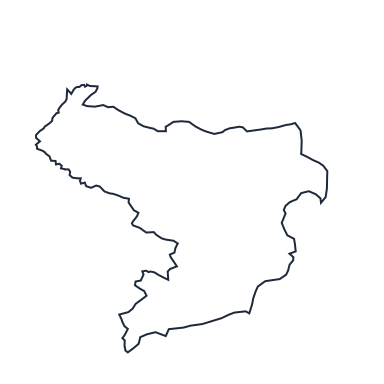 the district of Kritou Tera, Paphos, Cyprus, rotated 253°
{"feature_id": "46923920B75196261408005", "entity_name": "Kritou Tera", "entity_type": "district", "adm_level": 2, "iso_a3": "CYP", "parent_name": "Cyprus", "parent_adm1": "Paphos", "projection": "orthographic", "projection_center": [32.434, 34.957], "detail": "fine", "context": "isolated", "style": "outline", "palette": "slate", "viewbox_px": 384, "rotation_deg": 253, "n_neighbors": 0, "source": "geoboundaries", "source_scale": "gbopen_adm2", "svg_char_len": 2754}
<svg xmlns="http://www.w3.org/2000/svg" viewBox="0 0 384 384"><g transform="rotate(253 192 192)"><path d="M277.6,57.9L276.7,59.1L274.8,61.5L272.5,63.2L271.7,63.3L270.4,64.1L267.7,66.2L266.2,66.2L263.1,66.4L261.6,70.6L258.1,70.0L257.8,73.4L255.2,75.1L252.9,73.6L251.0,77.1L250.7,77.1L249.7,80.6L247.1,81.4L243.9,79.9L240.6,82.0L238.5,86.6L237.6,89.6L235.4,88.1L232.4,88.3L232.4,92.2L228.5,92.5L225.5,96.8L226.2,102.2L224.2,105.4L218.2,108.4L215.0,112.5L213.1,116.4L209.6,121.2L206.8,124.3L204.0,129.7L200.5,128.3L195.0,130.0L191.5,131.1L187.8,134.7L184.8,132.2L181.3,127.2L179.7,125.4L177.4,125.8L173.0,131.5L166.6,136.4L164.8,143.8L161.5,145.3L156.5,149.5L154.2,152.9L150.8,160.1L146.9,163.3L143.3,159.8L139.2,157.5L138.6,152.5L136.3,152.5L125.3,155.8L124.8,148.5L123.0,145.5L115.0,143.6L118.0,140.3L122.4,135.8L126.2,132.5L128.1,129.0L128.1,127.1L130.2,125.0L130.6,121.3L127.2,121.5L122.3,117.1L122.9,111.9L119.5,110.2L114.7,114.0L111.3,117.3L106.1,118.2L103.8,112.0L101.5,105.4L97.7,101.0L95.7,95.9L96.1,86.6L90.9,87.4L87.7,87.5L83.5,88.2L79.8,90.6L74.7,85.6L72.6,82.7L69.8,84.3L64.6,82.5L59.8,82.0L57.4,83.7L59.4,89.5L62.4,96.6L68.3,100.1L69.1,107.2L68.6,116.1L61.9,124.8L67.6,129.7L64.8,144.4L64.6,151.6L62.7,163.2L62.7,173.1L62.7,183.1L63.9,191.4L64.3,197.3L62.2,208.4L59.2,211.3L66.8,216.5L72.6,219.6L78.6,224.0L82.4,227.4L85.3,236.0L83.1,250.4L85.4,257.9L88.9,261.0L94.0,264.1L97.1,268.8L100.0,269.9L104.5,267.2L104.9,273.8L112.1,275.2L117.4,275.9L122.7,270.5L129.4,269.4L136.3,268.8L138.1,270.3L144.1,275.2L147.9,274.5L151.4,277.4L153.7,282.5L154.5,290.0L159.0,296.0L158.6,303.9L153.7,309.7L148.3,313.0L144.0,312.2L148.0,318.3L155.8,322.0L166.8,325.6L172.4,327.5L178.8,325.2L183.2,321.7L186.7,317.5L192.2,312.1L196.4,307.5L199.9,308.8L209.0,311.9L219.2,313.8L220.4,313.4L227.8,310.8L227.9,305.7L228.6,301.8L228.8,293.9L229.5,287.1L230.9,281.9L231.7,275.7L233.9,262.3L239.0,259.5L240.7,256.0L241.2,251.2L241.9,246.8L241.6,241.6L240.3,238.6L241.0,230.3L245.5,223.5L248.3,219.9L253.6,214.5L259.9,209.7L262.7,202.7L264.5,194.8L263.3,190.7L262.5,187.9L262.1,185.9L257.8,184.8L260.1,177.1L263.8,173.8L265.6,170.5L269.0,164.9L273.5,160.6L279.1,159.4L283.0,155.3L286.4,151.0L291.5,145.8L296.5,141.7L297.7,136.4L301.1,132.5L302.0,124.1L304.8,116.8L307.5,113.1L310.4,116.2L314.2,123.4L316.0,129.0L318.8,131.8L320.6,132.6L323.2,125.4L325.3,123.1L324.6,123.0L324.0,120.5L326.0,120.1L326.5,117.6L325.4,115.1L326.0,112.7L325.8,111.1L324.6,109.0L321.1,105.2L323.5,104.2L326.6,102.6L317.6,99.3L315.5,97.3L313.6,93.3L312.0,90.9L309.7,88.1L306.8,87.7L307.0,85.5L303.7,80.3L300.9,79.0L299.2,75.4L297.6,70.3L296.1,68.7L294.8,64.3L292.1,59.5L289.4,58.7L284.9,61.4L282.9,56.5L281.2,57.1L278.6,56.5L277.6,57.9Z" fill="none" stroke="#1e293b" stroke-width="2"/></g></svg>